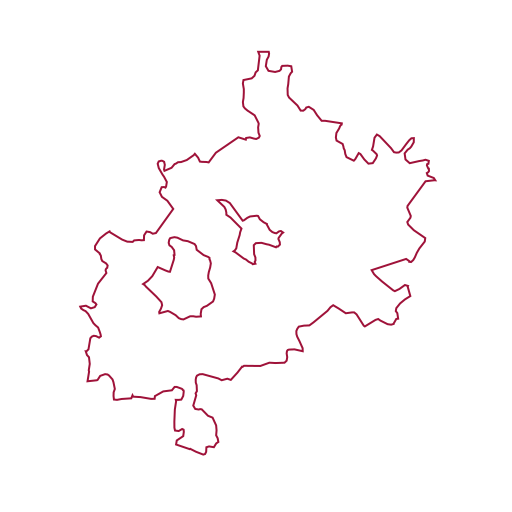 Zaqaziq, Ash Sharqiyah, Egypt, rotated 278°
{"feature_id": "37247803B86566880158535", "entity_name": "Zaqaziq", "entity_type": "district", "adm_level": 2, "iso_a3": "EGY", "parent_name": "Egypt", "parent_adm1": "Ash Sharqiyah", "projection": "mercator", "projection_center": [31.49, 30.587], "detail": "fine", "context": "isolated", "style": "outline", "palette": "rose", "viewbox_px": 512, "rotation_deg": 278, "n_neighbors": 0, "source": "geoboundaries", "source_scale": "gbopen_adm2", "svg_char_len": 6118}
<svg xmlns="http://www.w3.org/2000/svg" viewBox="0 0 512 512"><g transform="rotate(278 256 256)"><path d="M458.5,229.8L454.9,231.7L440.1,232.0L437.8,230.1L434.2,229.4L431.3,227.0L428.5,219.1L425.0,219.0L419.6,220.7L416.1,221.2L410.7,221.7L406.6,221.6L402.4,222.7L400.6,224.5L398.8,227.4L395.1,235.1L388.5,239.7L387.3,240.3L383.7,240.2L378.4,241.3L375.4,243.0L373.6,242.4L371.9,239.9L372.0,237.5L372.6,233.4L371.5,229.8L369.8,229.7L371.1,222.0L352.7,201.9L342.1,196.1L342.2,193.9L341.7,189.1L341.7,187.3L345.3,185.0L348.7,181.2L347.2,180.3L341.4,174.1L338.6,168.7L338.0,165.7L336.3,163.8L335.7,162.6L331.6,160.1L327.6,153.5L328.8,152.9L333.6,153.0L336.5,151.9L337.2,150.1L337.2,148.9L336.1,146.5L333.7,145.8L329.5,147.5L323.5,152.2L321.7,153.9L316.9,157.4L312.2,157.3L311.1,156.8L311.5,155.4L311.0,153.0L305.7,151.7L301.5,154.6L298.4,160.5L291.1,167.5L264.8,153.7L263.7,150.7L264.9,147.8L265.0,144.2L260.9,142.3L256.1,142.8L255.6,140.4L255.6,138.0L254.5,133.2L252.8,131.9L252.3,126.5L253.6,121.2L259.2,108.1L260.0,107.6L257.5,104.5L251.7,99.0L243.4,95.2L240.1,95.7L236.8,101.0L236.2,101.0L235.0,102.2L231.4,103.3L229.6,104.5L227.8,108.6L226.0,110.4L223.6,110.3L223.0,109.7L221.9,109.1L220.7,109.1L218.3,110.2L206.6,103.4L193.0,100.1L188.3,100.6L187.0,103.5L185.8,104.7L182.9,103.4L181.2,99.8L183.1,94.5L181.4,89.0L179.6,90.2L178.4,92.6L177.7,94.9L175.3,97.9L166.9,104.3L165.1,106.6L163.2,109.6L159.0,111.9L156.7,113.0L154.9,113.6L153.3,112.0L154.4,108.8L154.4,106.4L153.3,104.6L151.5,103.4L140.3,103.1L137.9,101.3L137.9,100.7L134.4,102.4L132.5,104.7L126.0,106.4L119.5,106.3L118.3,106.8L108.5,106.6L110.8,115.7L111.3,116.4L115.6,118.4L118.0,123.0L118.0,125.5L117.2,127.1L113.8,131.1L111.2,132.4L104.7,134.7L101.2,134.0L97.6,134.4L94.1,135.3L94.2,138.4L95.7,142.8L97.7,152.3L100.9,153.1L99.6,154.0L100.2,161.3L99.9,172.1L100.5,175.5L103.2,175.4L109.0,183.0L111.3,191.4L115.0,193.6L115.3,195.8L114.2,200.9L113.8,201.7L113.1,202.2L112.8,203.0L111.6,203.3L107.3,203.4L103.9,202.2L103.4,202.0L102.7,199.2L102.4,196.6L101.1,197.1L92.7,197.0L80.6,198.2L74.6,199.1L71.9,200.1L71.9,203.8L74.4,206.9L73.9,208.5L71.8,209.0L67.5,209.0L62.3,203.2L58.2,203.1L55.5,217.3L55.9,217.7L53.8,223.8L52.0,231.4L52.8,233.1L55.1,233.9L59.7,233.5L60.9,236.0L60.8,240.9L64.9,242.7L66.6,244.6L70.2,243.4L72.9,241.5L77.9,241.2L82.7,240.1L89.9,235.5L91.1,230.7L96.6,223.6L96.6,221.9L96.0,220.7L96.1,217.1L99.1,214.7L109.7,216.2L111.6,215.3L113.9,216.3L119.8,215.2L122.2,214.0L125.2,213.5L127.5,213.6L129.3,214.2L131.0,216.6L131.6,219.6L129.5,235.7L128.2,239.3L130.5,244.7L129.8,248.3L138.0,253.9L144.5,257.6L144.4,258.2L145.6,259.4L147.7,275.6L152.2,284.1L152.7,290.1L154.3,299.1L156.6,300.9L160.2,301.0L163.8,299.9L166.1,299.9L167.3,300.5L167.9,301.7L168.9,307.1L168.2,315.5L171.2,315.0L177.7,310.9L181.9,308.0L184.3,306.9L187.3,306.4L189.6,307.0L192.0,308.2L193.7,313.1L194.7,318.5L198.2,322.1L211.6,334.4L215.7,336.9L218.0,339.3L215.5,345.2L211.8,352.9L213.5,358.9L213.8,361.1L212.2,363.7L202.0,372.4L201.4,373.6L209.4,383.3L210.6,385.8L209.4,388.1L206.8,395.8L206.8,399.4L207.9,401.8L208.5,401.8L213.2,403.7L213.7,405.5L219.1,403.9L220.9,402.1L223.9,402.2L229.1,405.3L233.8,409.6L237.8,414.4L246.7,410.5L247.5,410.7L248.0,407.5L243.3,402.6L240.5,398.4L241.1,396.6L248.4,384.2L252.7,377.7L254.5,375.4L258.1,372.5L274.0,405.1L272.2,408.6L271.6,408.6L271.6,410.4L273.9,412.3L276.8,413.5L281.5,414.8L286.2,416.7L293.8,421.1L297.3,421.1L303.5,408.7L308.3,402.3L310.7,401.1L315.4,403.6L317.2,403.7L324.9,399.1L326.7,399.1L353.6,413.5L355.8,421.9L355.9,423.0L358.0,421.2L359.5,414.8L361.9,413.6L363.0,414.9L364.2,415.5L366.6,415.0L366.6,414.4L369.6,412.6L370.8,412.7L371.3,413.9L374.3,413.9L374.9,410.4L373.8,407.9L372.7,404.3L369.3,395.3L372.4,390.6L378.3,388.9L382.4,391.4L384.1,393.3L385.9,394.5L390.6,396.4L394.7,395.9L394.2,393.5L391.9,391.6L387.8,389.2L380.8,385.4L378.4,383.0L377.9,380.6L378.0,378.2L381.6,374.7L391.9,361.8L393.1,358.8L389.6,356.9L380.8,356.7L377.2,356.0L376.6,357.2L373.6,361.3L372.4,361.9L369.4,361.2L364.2,358.7L363.1,354.5L366.7,349.8L371.5,345.2L372.2,343.4L365.7,340.8L364.0,339.6L366.5,331.9L369.5,330.2L373.1,329.1L374.8,327.9L376.6,327.3L379.0,326.2L381.5,319.7L384.5,318.6L389.0,318.5L393.9,320.6L396.3,321.2L397.4,321.8L398.0,322.5L399.3,322.5L399.5,305.8L399.0,302.2L403.9,296.9L408.7,292.8L411.1,287.5L410.0,285.1L408.3,284.4L406.5,282.6L406.2,280.0L410.8,276.1L417.5,266.7L419.9,265.0L426.4,263.9L430.6,264.0L438.3,263.6L441.8,264.9L443.5,266.1L448.8,264.5L448.9,260.9L447.9,255.5L446.7,254.8L444.3,254.8L442.6,253.5L440.9,249.3L441.1,242.6L445.3,239.3L451.8,239.4L455.3,240.7L458.2,240.8L460.0,240.2L458.5,229.8ZM229.1,168.3L228.4,171.3L228.4,173.0L240.8,175.1L243.1,175.2L245.3,174.4L245.7,175.2L250.3,174.1L253.3,171.2L254.5,168.8L256.9,167.7L259.8,167.8L261.6,168.4L262.2,169.6L263.3,172.6L263.2,175.6L261.3,181.6L261.2,186.4L259.3,193.5L257.5,195.2L253.9,196.4L249.6,204.0L248.4,208.8L247.7,210.2L246.0,210.5L245.4,211.1L242.4,212.3L238.2,212.2L233.5,211.5L230.0,211.4L227.0,211.9L222.8,215.4L212.1,220.6L207.9,220.5L205.0,219.8L199.8,214.3L198.1,211.3L195.7,209.4L191.0,209.3L188.5,209.9L187.5,205.1L187.6,202.1L187.1,199.1L183.1,193.0L183.1,190.6L183.7,188.2L186.2,184.7L188.7,178.7L189.3,176.4L185.8,168.3L187.1,167.9L190.6,169.2L194.2,169.9L197.1,168.8L202.0,162.9L210.5,151.1L211.7,149.9L212.5,148.1L216.4,152.4L221.6,156.1L231.4,160.2L229.1,168.3ZM269.1,265.0L269.8,259.6L268.7,254.1L266.4,252.3L257.5,253.9L254.5,255.6L251.5,256.1L249.8,255.5L248.3,256.5L247.4,253.9L248.1,253.1L249.3,249.5L251.1,246.6L251.8,244.2L256.7,235.3L257.5,233.1L258.5,234.2L260.8,235.4L266.7,235.6L274.4,236.9L277.3,237.0L281.1,237.8L290.6,225.3L292.7,220.9L294.8,220.6L297.8,219.5L300.2,217.8L305.8,209.9L306.8,214.3L306.7,218.5L304.8,222.7L289.1,237.9L289.7,239.1L292.6,242.1L294.3,244.6L296.0,251.2L295.9,252.5L292.9,254.7L290.5,258.8L289.2,262.4L288.6,262.4L283.8,265.9L282.0,268.8L281.4,271.2L281.3,273.0L283.6,275.4L284.2,277.2L283.0,279.6L281.8,278.4L277.1,275.9L276.0,275.8L273.0,277.6L270.6,278.1L268.3,276.3L268.3,275.1L267.4,274.6L269.0,267.3L269.1,265.0Z" fill="none" stroke="#9f1239" stroke-width="2"/></g></svg>